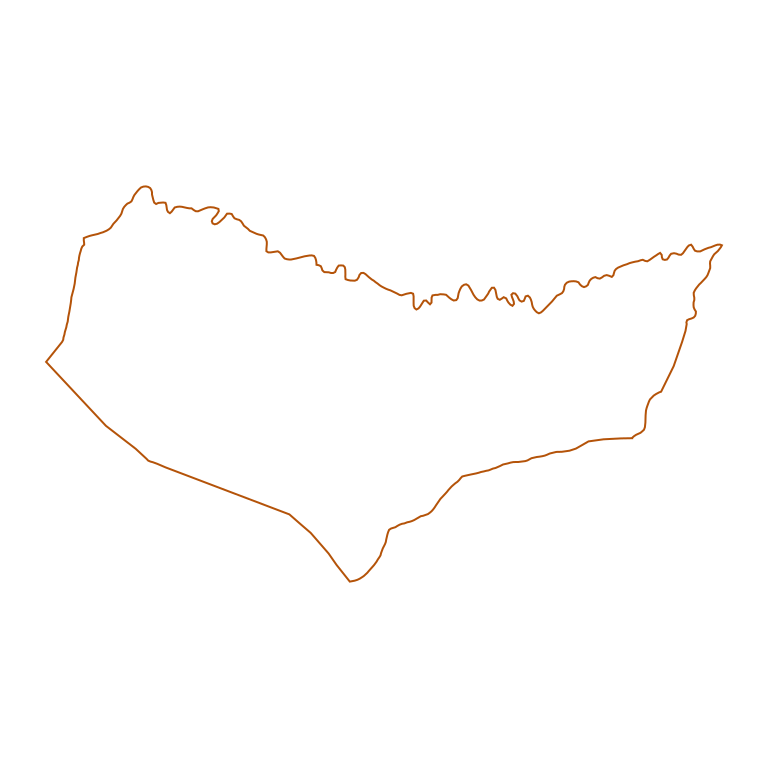 Ash Shu'ayb, Al Dali', Yemen
{"feature_id": "15242507B23193372099194", "entity_name": "Ash Shu'ayb", "entity_type": "district", "adm_level": 2, "iso_a3": "YEM", "parent_name": "Yemen", "parent_adm1": "Al Dali'", "projection": "mercator", "projection_center": [44.973, 13.834], "detail": "fine", "context": "isolated", "style": "outline", "palette": "amber", "viewbox_px": 768, "rotation_deg": 0, "n_neighbors": 0, "source": "geoboundaries", "source_scale": "gbopen_adm2", "svg_char_len": 6091}
<svg xmlns="http://www.w3.org/2000/svg" viewBox="0 0 768 768"><path d="M673.7,366.1L682.1,341.9L685.5,330.9L686.7,324.0L686.4,322.4L687.1,320.2L689.1,319.2L691.5,318.5L693.7,317.5L695.2,315.8L695.8,313.7L695.9,311.5L694.6,309.5L693.7,307.3L693.5,305.0L693.6,302.3L694.3,300.0L694.3,297.7L693.8,295.2L693.7,292.8L694.8,290.4L696.1,288.4L699.2,284.5L700.8,283.0L704.5,279.1L706.2,277.2L707.5,275.2L708.5,272.7L710.2,268.1L710.2,265.7L710.0,263.5L710.2,261.3L712.9,256.3L714.2,254.3L717.9,251.0L720.8,247.3L721.9,245.3L720.0,244.6L717.5,244.7L715.3,245.4L710.9,247.2L708.5,247.8L704.6,249.3L700.2,251.4L697.2,251.4L695.0,250.7L693.7,248.8L692.6,246.6L691.1,244.7L688.8,245.5L687.3,247.1L682.9,253.3L681.1,254.8L678.6,254.6L676.5,253.7L674.0,253.2L671.1,253.8L669.7,255.5L668.4,257.8L667.0,259.5L664.8,259.9L662.7,259.3L661.9,257.2L661.7,254.9L660.1,252.9L658.0,254.1L656.0,255.5L654.1,256.7L649.8,259.8L647.3,261.3L645.1,260.9L642.8,259.8L640.5,260.3L638.1,261.2L635.1,261.7L631.8,262.5L629.6,263.1L627.0,264.2L623.5,265.3L618.1,267.6L616.1,269.0L614.7,270.7L614.0,272.9L613.4,275.2L611.8,276.9L609.2,275.8L606.7,275.1L604.1,275.8L602.0,277.4L599.8,278.6L597.5,278.2L595.4,277.1L593.3,277.7L591.3,278.9L589.7,280.6L588.7,282.7L587.9,284.9L586.2,286.3L584.0,287.1L581.9,286.2L580.0,284.5L578.5,282.3L576.0,281.4L573.7,281.2L571.4,281.3L569.2,281.6L566.8,282.7L565.0,284.7L564.3,286.8L564.1,289.0L563.3,291.3L562.0,293.1L559.8,294.3L556.8,295.7L552.0,301.5L542.9,310.8L541.0,312.4L538.9,313.3L536.8,312.2L535.1,310.5L533.7,308.7L532.7,306.7L532.1,304.5L531.7,302.1L530.9,299.6L529.9,297.5L527.9,295.7L525.6,296.4L524.8,298.6L523.8,300.9L521.6,301.6L519.5,300.4L518.4,298.5L517.4,296.3L515.3,293.6L513.0,293.2L511.4,294.7L512.0,297.1L512.9,299.3L513.7,301.5L514.0,303.9L512.5,305.8L510.4,304.7L508.4,302.5L507.2,300.5L506.2,298.4L503.7,297.2L501.9,298.5L499.8,299.8L497.7,298.8L496.8,296.8L495.9,292.3L495.4,289.9L494.0,287.7L491.8,287.8L489.1,291.6L488.2,293.6L486.8,295.6L484.0,299.5L481.8,300.5L479.6,300.6L477.3,299.4L475.3,297.3L473.5,294.7L471.0,289.9L468.4,285.6L466.2,284.3L464.0,284.8L461.8,286.4L460.4,288.7L459.4,291.0L458.6,293.2L457.7,298.1L456.3,300.1L453.7,300.5L451.4,299.3L449.4,297.8L446.1,294.8L443.7,294.4L440.2,294.2L437.6,294.9L435.4,294.9L432.5,295.4L431.6,297.6L431.5,302.6L430.0,304.3L427.8,302.3L426.2,300.5L423.8,300.7L420.0,306.7L418.5,308.4L416.4,309.5L414.6,308.1L413.7,305.8L413.6,303.5L413.6,296.3L413.1,293.7L410.9,292.9L406.4,293.8L401.7,295.3L399.5,294.9L397.2,293.6L390.5,290.4L388.1,289.6L385.9,288.7L383.5,287.5L381.4,286.4L379.6,285.2L377.5,283.5L375.6,282.2L373.8,280.7L371.8,279.5L368.8,277.1L365.5,274.1L363.5,272.9L361.2,273.0L359.5,274.9L358.6,277.4L357.0,279.8L354.8,280.7L350.3,280.5L347.9,280.0L345.6,279.2L345.3,276.8L345.4,274.5L345.3,269.6L344.8,267.2L343.3,265.6L341.0,265.4L338.7,265.6L337.3,267.5L336.1,269.8L335.2,272.0L333.2,273.0L331.0,273.0L328.8,272.3L324.3,272.1L322.4,270.4L321.7,268.2L320.8,266.2L318.7,265.2L316.5,264.8L316.4,262.4L316.0,260.0L315.3,257.9L314.0,255.9L311.7,255.4L309.5,255.5L304.6,256.3L296.5,258.4L291.2,259.5L289.0,259.5L286.8,259.2L284.6,258.5L283.0,256.7L280.0,252.7L277.8,251.3L270.8,252.4L268.3,252.4L266.4,251.2L266.4,249.0L266.8,244.3L266.8,241.8L266.1,239.4L264.9,237.2L263.2,235.5L258.7,234.5L256.5,233.8L249.8,230.8L248.0,228.9L243.9,225.7L242.6,223.5L241.1,221.3L239.2,219.9L236.9,219.3L234.5,218.3L233.1,216.4L231.7,214.0L229.5,213.6L227.0,213.7L224.3,217.5L219.5,222.0L217.1,223.7L214.7,224.3L212.6,223.4L211.8,221.2L212.7,218.9L216.2,215.3L217.6,213.2L218.8,211.1L218.4,208.9L213.9,207.5L210.6,207.2L208.1,207.4L205.0,208.4L202.7,209.3L198.0,211.3L195.7,211.2L193.7,210.0L191.5,208.3L189.2,208.3L186.8,207.9L181.9,206.8L179.7,206.6L177.3,206.8L174.7,207.5L171.6,211.7L169.9,213.2L168.0,211.9L167.0,209.9L166.3,205.1L165.5,202.8L163.2,202.5L158.4,202.9L156.1,204.0L154.2,202.6L153.3,199.8L152.0,194.5L152.0,192.2L151.4,190.1L150.2,188.1L148.2,186.9L145.9,186.4L143.4,186.6L141.0,187.5L139.0,189.4L137.3,191.3L134.4,195.0L133.3,197.1L132.5,199.2L131.4,201.4L129.5,202.7L127.4,203.6L125.8,205.1L124.2,206.9L122.9,209.0L121.4,213.7L120.1,215.9L116.6,220.4L113.4,223.8L110.8,227.7L108.9,229.3L106.6,230.7L102.9,232.3L100.8,232.9L97.7,234.0L92.0,235.3L89.7,235.9L86.8,236.9L83.8,238.1L83.8,240.5L84.1,242.8L84.2,244.7L82.3,246.5L81.3,248.7L80.7,251.0L80.0,253.2L79.4,255.6L79.0,257.8L78.8,260.1L78.1,262.5L77.8,264.9L77.1,267.5L76.4,272.3L75.4,277.6L74.7,283.6L73.6,289.0L71.4,297.3L71.2,299.6L70.8,302.9L69.4,311.4L68.3,316.8L67.7,321.6L66.8,324.6L66.3,327.3L64.9,331.9L64.4,334.6L63.5,337.5L63.2,339.8L62.1,341.9L46.1,361.9L105.9,425.8L135.7,448.8L146.5,458.8L148.2,460.6L150.5,461.6L152.8,462.2L157.2,463.8L165.6,467.4L289.4,514.4L299.9,523.6L310.7,532.9L328.6,553.5L336.6,565.0L349.8,581.6L354.6,580.7L357.4,579.8L359.7,578.7L361.6,577.5L363.7,576.1L367.3,572.8L368.7,571.1L374.1,565.0L376.6,561.6L377.8,559.5L379.4,557.2L380.5,555.4L381.1,553.0L382.8,548.4L385.0,544.1L385.8,542.0L386.2,539.7L387.4,534.5L388.1,532.2L389.1,529.8L391.1,528.5L395.4,527.2L397.4,525.9L399.6,524.7L402.0,523.8L404.4,523.4L407.2,522.3L409.6,521.8L411.8,521.1L414.1,520.1L420.8,516.2L423.0,515.8L427.9,514.1L429.7,512.8L431.5,511.3L433.1,509.5L434.6,507.5L436.0,505.3L440.4,498.9L445.5,493.5L447.1,491.7L448.5,489.9L451.6,486.5L453.4,484.9L455.4,483.2L457.4,481.8L459.2,480.0L460.6,478.2L462.2,476.5L464.9,475.8L470.8,474.5L476.2,473.4L478.9,472.7L481.0,472.0L483.9,471.4L486.2,470.8L488.5,470.4L490.8,469.5L492.9,468.6L495.5,468.0L500.3,465.9L503.0,464.5L507.9,463.4L510.6,462.6L513.2,462.1L515.6,462.0L518.2,462.0L525.3,461.1L527.5,460.4L531.5,458.2L536.8,457.0L539.3,456.7L542.3,456.2L544.8,455.6L546.9,454.8L549.8,453.5L556.0,452.0L556.8,451.9L561.7,451.8L563.9,451.5L569.5,450.7L575.9,448.6L588.5,441.4L603.6,439.3L621.1,438.4L632.2,438.2L632.2,437.8L634.0,436.2L636.1,434.8L640.5,432.8L642.4,431.2L644.0,429.7L644.9,427.2L645.4,422.6L645.6,415.4L646.0,410.5L646.6,408.1L647.3,406.0L649.0,401.4L650.0,399.4L653.7,395.6L656.1,394.0L659.3,392.3L661.1,391.7L673.7,366.1Z" fill="none" stroke="#b45309" stroke-width="2"/></svg>